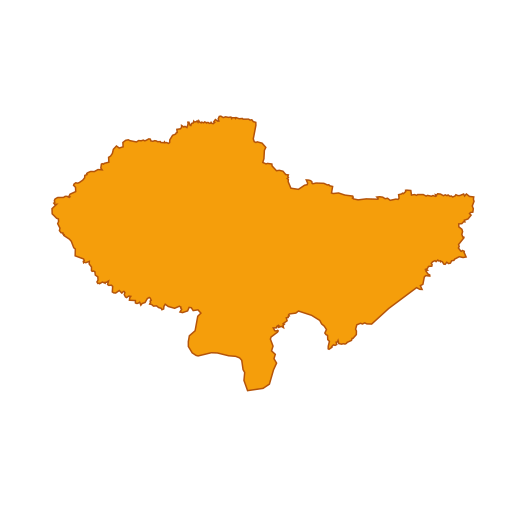 the district of Nkwanta South Municipal, Volta, Ghana, rotated 278°
{"feature_id": "2480657B13680530894334", "entity_name": "Nkwanta South Municipal", "entity_type": "district", "adm_level": 2, "iso_a3": "GHA", "parent_name": "Ghana", "parent_adm1": "Volta", "projection": "equal_earth", "projection_center": [0.469, 8.25], "detail": "fine", "context": "isolated", "style": "filled", "palette": "amber", "viewbox_px": 512, "rotation_deg": 278, "n_neighbors": 0, "source": "geoboundaries", "source_scale": "gbopen_adm2", "svg_char_len": 6062}
<svg xmlns="http://www.w3.org/2000/svg" viewBox="0 0 512 512"><g transform="rotate(278 256 256)"><path d="M342.4,463.4L344.8,463.4L344.7,459.1L346.7,455.7L344.4,454.2L346.3,453.0L344.2,449.4L343.9,447.5L344.5,445.4L343.1,444.7L341.8,442.6L342.6,441.0L342.1,439.7L343.2,437.7L342.3,436.7L342.9,434.9L341.8,433.2L343.0,430.1L342.9,427.2L341.5,426.4L341.7,425.2L340.4,426.0L340.0,425.5L340.5,422.8L339.6,421.4L339.9,417.4L339.0,416.1L340.1,413.1L339.3,407.4L338.4,406.6L338.9,404.5L338.0,401.5L342.4,400.2L342.2,396.2L341.9,395.0L340.7,395.3L338.3,393.3L338.6,392.3L337.7,391.6L336.6,388.7L333.2,389.6L331.8,388.8L331.8,386.6L329.8,381.1L331.5,378.2L330.7,375.9L331.9,373.3L331.9,370.2L331.2,367.5L330.1,368.9L329.2,368.8L327.9,357.2L325.8,349.3L326.1,344.7L326.8,343.4L327.7,344.1L328.8,343.4L328.7,335.6L329.9,329.0L328.6,323.7L328.9,322.0L335.5,322.2L335.8,319.2L336.7,318.2L336.3,316.8L337.4,313.1L336.6,305.3L335.5,302.3L335.8,301.4L337.3,301.0L338.2,299.6L338.5,297.6L338.3,295.2L335.4,297.0L333.8,296.8L332.8,294.2L327.9,288.7L328.0,281.1L334.1,277.5L336.2,277.4L337.1,276.1L338.2,277.2L339.3,276.4L340.8,276.7L340.8,274.1L343.7,270.9L344.1,267.2L343.3,264.4L347.4,259.4L349.3,258.9L349.3,254.5L348.6,253.1L349.6,249.7L353.4,250.3L361.8,249.6L364.9,250.6L368.6,246.3L369.2,241.3L368.4,240.1L369.0,238.3L371.6,237.0L385.4,237.7L388.3,237.2L388.7,234.6L390.3,232.9L389.8,231.2L390.5,229.6L389.7,224.2L390.3,223.4L389.6,220.2L390.3,217.0L389.3,216.6L390.0,215.9L389.6,213.0L388.8,212.8L390.1,211.8L389.4,209.4L389.6,206.5L388.5,204.3L389.6,201.7L389.1,200.2L386.6,199.5L384.4,200.4L384.2,199.3L385.5,196.8L383.0,195.5L382.6,196.5L381.1,195.3L381.2,193.7L382.1,192.9L381.2,192.5L380.8,191.2L381.5,190.4L381.4,188.9L380.8,188.6L381.7,186.6L380.6,185.7L381.0,183.6L380.2,183.2L380.8,181.4L382.0,180.5L380.3,180.0L381.6,178.9L380.7,178.2L380.1,176.2L380.8,175.6L379.0,175.3L378.3,173.8L376.1,173.3L376.3,172.5L379.2,170.9L379.0,169.9L377.4,170.4L373.6,169.7L374.5,167.6L373.7,166.6L374.9,164.1L373.0,164.4L371.4,163.4L370.4,160.0L367.3,160.8L366.9,159.9L365.5,159.4L363.9,156.6L359.1,154.5L356.3,154.7L355.3,153.6L355.9,151.6L355.4,150.0L356.3,149.5L355.4,149.0L355.2,146.7L355.2,145.8L356.0,145.3L355.5,142.7L356.1,141.1L356.1,139.6L355.2,137.9L355.4,135.8L357.0,135.1L357.1,133.6L354.9,130.6L354.6,129.5L355.1,128.3L354.1,126.2L354.0,123.7L352.3,121.8L352.7,115.0L353.3,113.4L352.4,110.8L349.9,108.4L345.6,109.2L343.9,105.5L345.5,102.5L341.8,99.9L337.6,99.5L334.7,98.1L333.2,96.3L328.4,97.2L326.6,92.8L325.8,92.3L326.0,90.8L325.4,90.1L321.5,90.1L319.9,91.6L319.6,87.5L317.1,84.1L316.7,80.5L315.2,78.0L314.2,76.9L313.1,77.3L312.0,75.3L309.5,75.4L306.9,73.8L304.0,70.6L303.3,69.2L303.4,67.3L301.9,65.8L300.6,65.5L298.9,67.7L294.7,68.5L291.4,63.3L289.1,62.4L288.7,63.5L288.0,62.9L288.8,60.5L288.5,58.7L287.2,57.2L286.3,51.4L284.5,49.1L283.0,48.6L280.8,49.3L280.2,48.4L279.0,49.6L279.4,51.3L274.5,47.4L269.4,48.3L265.6,53.3L265.3,55.1L262.7,55.7L260.4,55.1L256.3,58.0L253.8,57.8L251.9,59.7L251.9,61.6L250.9,61.7L250.4,63.0L249.6,62.8L246.7,68.9L244.9,71.0L238.8,74.4L237.8,76.1L231.0,76.9L229.1,85.6L227.6,86.6L226.7,85.7L225.4,86.2L225.9,86.6L225.7,88.4L227.5,91.7L224.9,91.9L222.2,94.6L218.7,95.1L218.0,95.9L218.5,97.3L217.9,98.7L214.8,99.5L213.3,102.3L210.1,102.9L208.2,102.1L206.8,103.2L207.2,104.5L206.8,105.0L208.8,107.5L208.1,110.3L208.8,110.1L209.2,111.6L210.7,113.4L207.1,113.0L206.4,114.3L207.0,116.9L205.9,118.3L200.4,118.7L199.7,120.2L199.8,122.2L202.8,125.4L200.6,128.3L202.4,129.6L202.5,130.4L201.5,131.3L199.4,130.9L197.3,132.4L196.8,133.6L198.6,135.6L198.6,137.6L197.0,136.8L194.6,136.8L195.1,142.8L192.8,143.1L192.4,144.1L192.6,145.5L194.1,147.2L191.3,148.8L193.1,149.8L194.5,152.6L198.7,154.3L200.1,156.0L199.6,157.1L197.6,158.4L196.6,157.4L195.5,158.0L193.6,157.4L193.5,159.3L192.1,161.5L192.8,164.4L191.4,166.7L191.0,169.4L189.7,170.3L190.7,171.9L193.2,171.8L195.6,172.8L193.8,176.1L192.9,182.7L195.6,187.1L194.9,188.8L194.1,188.6L192.9,189.8L190.0,188.5L189.7,191.1L192.1,195.9L195.8,196.9L195.8,199.1L193.2,201.4L194.6,206.0L191.8,209.4L188.2,206.7L173.5,206.1L167.7,201.1L161.8,200.9L157.0,201.6L151.2,206.3L149.2,210.5L149.0,212.6L154.0,225.2L154.6,231.3L153.4,242.8L153.8,249.9L152.8,254.0L150.7,256.4L141.7,259.0L139.1,261.0L131.1,261.4L121.5,266.4L125.9,281.4L131.0,287.1L145.8,289.2L152.8,291.3L156.8,288.1L161.3,288.8L164.2,284.6L169.1,285.4L175.7,281.8L177.9,282.2L183.6,287.9L184.9,288.4L185.4,287.8L184.5,286.3L184.7,284.9L187.2,283.1L187.7,286.1L189.2,286.4L190.5,287.9L189.8,288.8L189.4,287.8L188.4,288.1L189.8,291.0L188.9,293.2L190.9,292.4L192.1,293.3L192.0,292.6L192.7,292.2L196.2,295.8L199.0,294.6L199.6,296.4L200.8,296.3L201.3,297.3L202.4,296.5L203.3,297.2L205.0,303.4L207.4,305.7L205.0,319.3L201.1,328.1L197.9,330.4L196.0,333.4L193.0,336.0L189.3,334.9L187.9,336.2L187.3,337.9L183.2,338.7L181.7,340.6L176.7,340.1L174.1,340.4L173.8,341.3L176.2,343.9L176.8,343.6L178.8,345.1L178.5,346.7L179.6,348.3L181.8,347.4L182.2,348.6L183.7,349.0L180.8,350.2L180.6,353.0L181.3,354.7L181.2,356.4L182.1,357.8L183.0,358.1L185.7,362.3L187.8,362.7L187.9,363.5L192.1,366.3L195.7,365.9L197.4,364.8L201.9,365.4L203.9,368.8L203.5,370.9L204.9,373.0L204.2,375.2L204.7,380.0L222.6,394.8L247.0,419.4L245.8,422.8L246.0,425.1L249.5,422.9L251.2,425.2L258.6,425.6L260.2,426.8L260.3,430.9L261.4,430.7L262.1,428.8L264.9,426.2L265.8,427.8L266.5,426.0L267.2,427.3L269.7,428.3L270.4,431.5L271.9,431.6L273.0,430.6L274.8,431.6L276.3,433.9L275.5,435.1L277.3,436.6L276.5,437.7L276.9,439.2L276.0,439.6L276.5,440.2L276.2,441.4L274.1,443.1L274.1,444.5L276.4,445.8L275.3,447.7L276.0,449.5L278.5,450.4L279.2,452.6L280.5,453.1L283.6,457.4L283.3,461.3L284.3,464.2L288.6,461.5L289.6,461.6L290.2,459.6L289.2,458.7L289.4,458.1L292.1,455.3L293.6,455.9L295.6,455.0L303.0,459.4L303.7,459.1L303.6,458.1L306.1,456.8L308.9,457.2L311.1,456.2L313.1,452.8L316.0,452.3L316.7,455.3L318.7,456.7L318.9,458.1L320.4,457.3L322.2,460.8L326.4,463.3L327.7,461.5L329.0,462.4L329.6,464.6L333.1,464.6L335.6,463.2L340.5,464.3L342.4,463.4Z" fill="#f59e0b" stroke="#b45309" stroke-width="1.5"/></g></svg>